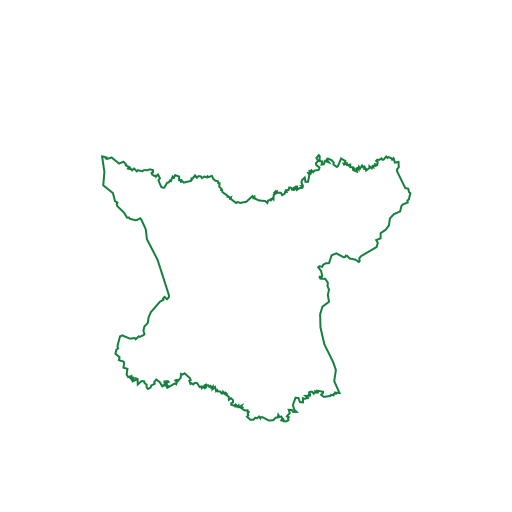 outline of Phen, Udon Thani, Thailand, rotated 62°
{"feature_id": "78962969B52951901004479", "entity_name": "Phen", "entity_type": "district", "adm_level": 2, "iso_a3": "THA", "parent_name": "Thailand", "parent_adm1": "Udon Thani", "projection": "albers", "projection_center": [102.939, 17.684], "detail": "fine", "context": "isolated", "style": "outline", "palette": "green", "viewbox_px": 512, "rotation_deg": 62, "n_neighbors": 0, "source": "geoboundaries", "source_scale": "gbopen_adm2", "svg_char_len": 6140}
<svg xmlns="http://www.w3.org/2000/svg" viewBox="0 0 512 512"><g transform="rotate(62 256 256)"><path d="M416.2,246.6L403.2,245.7L394.2,239.0L386.0,237.7L366.0,237.1L349.3,232.6L337.5,226.7L331.9,221.1L330.7,213.0L324.2,210.9L319.9,207.3L316.4,207.1L313.3,205.1L308.7,205.6L306.3,209.7L304.9,209.9L304.2,209.5L305.2,207.5L304.4,206.8L300.1,205.6L295.1,206.3L294.8,204.9L296.6,202.6L295.2,200.8L295.2,197.9L296.6,194.9L290.9,188.9L291.4,183.8L298.3,179.2L298.8,177.6L297.8,176.5L298.6,175.5L302.3,174.4L305.8,170.0L309.6,168.0L309.1,166.8L306.4,165.8L305.4,163.0L304.7,145.3L301.7,142.3L298.4,142.4L298.9,137.7L294.3,135.2L293.7,129.0L291.3,124.2L285.7,120.1L283.8,114.7L284.3,107.8L280.2,104.2L279.4,102.3L280.0,96.9L278.1,96.3L277.8,94.5L273.0,90.2L271.3,90.9L268.1,90.0L266.1,92.3L247.7,91.7L245.8,90.9L244.6,88.2L239.8,86.0L238.8,89.5L234.2,88.7L234.9,90.6L233.4,90.6L230.9,92.5L231.2,93.8L229.3,94.3L230.8,98.1L230.3,99.3L228.7,99.4L229.0,102.1L227.9,103.7L228.4,105.3L230.2,104.4L232.5,106.3L230.9,107.7L232.5,108.2L231.3,110.1L232.8,110.7L231.7,111.3L232.9,112.7L230.0,113.7L231.6,114.6L232.2,118.6L230.6,118.0L229.5,120.4L230.1,118.9L228.7,118.2L227.7,118.4L227.9,119.8L225.9,119.9L227.6,122.9L225.6,123.2L227.9,124.7L225.9,125.0L225.8,126.1L229.0,127.2L226.3,129.4L225.6,128.2L224.4,128.4L224.7,129.5L223.1,128.9L221.8,131.1L219.8,130.0L219.7,132.5L219.1,131.0L218.4,133.0L216.8,132.3L216.7,135.3L215.4,135.3L215.9,133.8L214.1,132.5L209.9,135.1L215.2,141.5L215.3,142.8L211.7,144.7L209.8,143.5L206.6,144.4L203.6,146.9L204.0,148.3L207.6,147.7L204.5,150.4L206.8,153.1L206.1,155.2L203.6,153.1L202.1,155.3L197.7,152.9L196.4,153.2L197.8,156.6L201.2,156.5L202.3,159.6L204.1,160.1L207.6,158.4L209.0,159.5L209.4,160.7L208.0,164.3L208.9,166.2L206.7,166.7L207.7,167.7L206.4,167.7L205.9,168.8L208.6,169.6L207.4,170.9L209.6,170.9L214.9,175.2L213.8,177.5L209.6,176.2L210.7,179.9L212.5,181.4L215.6,181.6L215.3,183.1L217.0,182.3L217.6,183.1L216.5,185.7L216.8,188.8L214.0,187.1L213.4,188.2L214.0,190.1L215.2,189.2L215.5,191.7L214.7,192.5L213.7,191.7L213.8,193.1L212.3,193.0L211.1,194.5L213.1,196.3L212.0,198.6L213.8,198.9L212.9,200.0L214.4,201.3L214.6,204.3L211.8,204.4L210.3,207.3L209.0,207.1L209.4,208.3L208.1,208.2L208.7,210.2L210.2,209.6L210.4,211.7L214.2,214.0L212.9,214.4L213.6,216.1L212.1,215.6L213.1,216.6L212.8,219.4L214.5,221.1L211.8,222.1L208.4,227.2L204.7,230.2L202.9,229.5L203.4,231.2L201.5,231.0L203.6,239.2L201.7,245.0L199.6,247.1L199.9,248.6L193.6,251.6L192.7,250.8L192.9,252.1L191.6,251.7L190.3,253.3L189.7,252.7L184.0,255.6L181.6,255.0L181.3,255.8L180.2,255.1L177.5,255.9L174.6,254.0L174.0,255.1L172.0,254.6L170.5,256.5L168.1,257.5L164.6,257.3L164.1,260.7L162.8,261.4L163.6,262.5L161.6,264.2L161.8,267.2L160.0,267.2L158.5,269.2L159.1,271.4L156.2,272.0L156.9,273.2L157.6,272.5L156.9,273.8L158.3,276.4L157.5,276.7L159.1,278.1L157.3,285.3L155.6,285.8L155.4,286.8L154.5,286.5L154.7,287.3L153.5,286.9L153.0,288.3L149.8,286.6L146.6,289.5L148.3,291.5L147.1,292.1L148.1,292.5L147.5,293.3L149.9,296.0L148.9,296.5L150.1,298.5L149.6,300.1L152.6,304.8L152.2,305.8L150.7,307.2L146.9,307.0L143.4,306.6L142.2,304.3L138.1,304.3L139.0,307.0L138.0,306.7L137.5,308.3L135.2,309.5L133.5,309.1L133.8,307.7L131.9,306.6L129.6,309.1L129.3,311.7L127.6,314.5L127.8,316.6L124.8,320.0L125.3,321.5L121.5,322.6L122.2,325.2L119.2,325.8L119.9,326.5L118.7,328.0L117.6,326.5L114.9,328.4L114.3,327.7L110.5,328.8L110.1,333.5L101.2,337.3L100.4,341.8L99.1,341.7L99.4,342.6L97.4,343.1L95.8,345.1L110.6,350.4L121.9,357.7L133.3,352.8L141.2,354.7L143.9,353.3L144.9,354.7L147.0,355.0L156.0,352.1L161.6,351.9L162.3,350.2L164.0,349.9L168.2,345.1L168.4,340.5L170.7,340.2L180.6,340.8L189.9,344.4L213.2,344.7L249.8,351.3L251.6,352.4L252.4,354.9L249.2,355.9L250.0,358.1L251.2,358.2L251.2,362.1L256.2,375.2L259.8,379.7L264.4,383.1L265.8,387.6L269.1,390.5L272.6,391.1L273.1,392.4L272.8,396.6L271.9,397.3L273.0,401.3L271.4,401.7L269.9,406.0L263.4,411.3L263.1,413.8L270.6,420.7L272.8,421.1L273.2,423.3L276.3,426.0L281.3,424.0L283.6,425.9L287.1,422.5L289.1,422.9L292.3,425.5L295.3,422.5L299.9,425.9L303.0,425.7L303.4,422.8L304.6,424.3L306.4,423.9L304.7,422.5L305.8,421.4L308.8,423.5L309.0,420.6L307.5,419.8L308.9,418.3L313.9,420.7L312.7,415.8L314.1,413.6L315.7,414.1L318.2,413.0L320.8,414.3L322.7,413.8L322.7,411.0L321.1,409.0L321.3,405.4L319.5,405.0L318.2,402.1L322.2,400.2L327.1,400.0L327.2,397.1L323.8,395.7L325.2,392.5L326.2,392.3L326.0,394.6L327.9,395.1L327.4,396.4L329.6,394.6L329.1,396.3L330.8,396.2L330.4,387.4L331.8,386.7L330.1,384.9L328.0,385.6L328.2,383.9L329.6,383.2L328.1,379.6L324.9,377.5L326.3,376.3L326.0,374.2L332.8,371.7L334.8,371.9L334.8,373.4L338.2,373.9L338.1,372.6L339.9,371.8L339.3,369.4L340.6,367.7L345.2,367.3L345.6,365.3L347.2,365.9L346.7,363.6L348.7,363.4L348.6,361.9L346.0,361.7L346.1,360.3L347.5,360.0L347.8,358.8L349.6,358.7L349.4,357.2L351.4,357.4L350.9,355.4L353.2,356.9L352.4,353.7L356.6,354.7L356.2,353.2L357.6,353.3L358.8,351.2L360.5,351.0L359.9,350.0L361.0,350.7L361.7,350.1L360.4,348.8L362.7,348.3L362.2,347.2L364.1,346.5L364.3,347.8L367.3,346.1L370.2,347.4L369.8,344.9L372.5,344.0L374.4,344.9L374.5,347.1L375.7,347.7L377.9,345.6L377.6,344.2L378.8,344.6L378.4,343.5L380.3,343.4L379.7,341.5L381.4,342.0L381.4,339.0L382.0,340.0L383.0,339.3L382.9,340.6L386.8,338.7L388.4,335.9L389.4,336.6L390.3,335.7L391.1,337.2L393.0,337.6L393.6,339.4L397.9,337.9L399.4,334.9L398.4,332.7L399.8,331.3L399.2,328.7L401.4,328.4L400.6,327.5L401.2,326.1L407.4,321.8L409.1,317.8L408.0,314.5L408.8,312.7L406.7,310.9L409.2,310.9L409.7,309.0L412.0,309.2L413.0,310.8L414.1,309.7L413.5,308.6L415.1,308.8L416.1,307.4L416.2,304.4L414.3,303.9L413.7,302.7L412.0,303.9L410.5,299.9L407.2,299.3L408.7,296.7L411.0,296.5L412.7,293.4L409.6,294.4L404.9,293.4L399.7,287.6L401.4,285.2L405.7,285.8L407.3,283.2L403.6,281.4L405.1,279.8L405.5,276.9L406.8,276.3L402.8,277.9L404.7,273.9L403.5,273.2L402.8,274.1L401.2,272.8L401.9,270.4L404.6,269.7L403.8,268.9L404.9,266.9L403.6,266.9L405.1,265.4L403.8,265.1L407.3,260.6L408.4,261.2L409.1,263.7L412.3,262.2L414.5,256.0L413.8,255.0L415.4,253.0L414.2,252.0L415.0,250.1L413.9,250.0L416.2,246.6Z" fill="none" stroke="#15803d" stroke-width="2"/></g></svg>